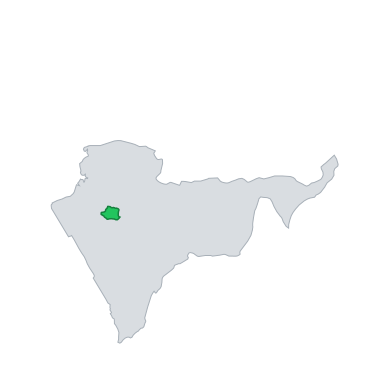 Lekie, Centre, Cameroon (highlighted), rotated 59°
{"feature_id": "32672807B3101876589222", "entity_name": "Lekie", "entity_type": "district", "adm_level": 2, "iso_a3": "CMR", "parent_name": "Cameroon", "parent_adm1": "Centre", "projection": "mercator", "projection_center": [11.41, 4.138], "detail": "fine", "context": "in_parent", "style": "filled", "palette": "green", "viewbox_px": 384, "rotation_deg": 59, "n_neighbors": 0, "source": "geoboundaries", "source_scale": "gbopen_adm2", "svg_char_len": 4542}
<svg xmlns="http://www.w3.org/2000/svg" viewBox="0 0 384 384"><g transform="rotate(59 192 192)"><path d="M99.0,257.4L99.7,255.5L105.0,246.6L108.3,232.2L109.8,228.9L111.3,226.6L119.0,219.0L121.8,216.5L126.0,213.7L128.9,208.1L129.9,207.5L131.2,207.1L137.8,202.3L138.4,203.2L138.8,204.4L139.3,204.9L141.5,205.3L144.4,205.2L146.1,204.9L147.0,203.9L147.9,201.3L148.5,200.8L149.1,200.7L152.4,202.5L157.7,207.7L159.0,208.6L159.6,209.7L160.7,214.4L161.4,215.6L162.5,216.1L164.6,215.8L166.7,214.9L168.6,213.7L170.5,212.1L171.7,210.7L172.3,209.7L172.5,205.8L173.0,205.0L179.8,199.3L179.7,198.8L178.6,197.2L177.5,195.5L178.6,193.7L179.6,192.3L183.6,187.7L183.9,184.3L187.1,179.0L188.9,171.9L188.9,170.6L193.1,162.8L197.5,162.1L199.2,161.0L201.1,159.1L202.4,157.3L203.0,155.6L203.4,152.3L204.2,148.6L204.7,145.3L206.0,142.2L208.2,140.7L212.0,139.4L212.6,138.8L213.1,136.8L213.7,130.1L214.3,127.1L217.8,123.7L219.4,118.5L220.8,113.0L224.8,106.3L229.5,99.6L231.7,97.8L233.6,97.0L235.7,96.9L237.1,96.4L242.2,93.1L244.3,92.0L245.9,90.8L246.2,89.8L246.4,88.4L245.9,84.9L246.8,82.4L247.3,78.5L247.5,75.4L247.3,74.4L246.4,72.6L244.9,70.7L242.3,69.5L238.8,69.2L237.0,68.5L236.3,65.0L236.1,62.8L233.7,51.1L238.2,51.1L243.5,52.5L244.8,53.6L245.5,57.6L247.4,59.9L250.8,61.7L252.9,65.6L253.7,71.4L255.6,74.9L256.0,75.4L258.6,82.0L258.8,85.0L258.5,87.1L259.6,89.6L258.0,93.9L257.5,96.6L257.4,100.3L258.3,106.8L259.9,111.9L261.6,116.0L263.4,119.1L266.4,122.6L269.6,125.8L272.7,127.8L269.9,129.0L264.5,129.1L261.4,128.5L259.9,128.4L258.4,128.8L252.6,129.4L246.8,129.2L241.4,128.4L238.1,128.5L235.6,130.4L233.5,133.4L231.6,135.7L232.3,138.2L233.7,139.6L236.5,142.7L239.0,145.7L240.3,147.8L245.3,152.2L250.1,156.1L252.4,157.5L253.2,157.8L255.9,160.0L259.5,163.8L262.8,169.6L267.5,181.2L268.5,182.2L270.1,182.8L270.3,184.0L270.2,185.8L269.7,187.3L265.9,193.4L262.6,195.7L261.7,197.1L260.5,200.6L257.5,207.5L256.2,208.5L253.3,213.2L250.9,219.1L250.3,220.0L249.3,220.7L245.9,222.1L244.7,222.9L243.0,224.7L242.7,225.9L243.5,227.6L244.5,228.9L246.3,228.9L247.3,230.2L247.3,239.2L246.4,240.6L246.5,241.2L246.1,242.8L245.9,244.5L246.2,245.2L246.9,245.8L247.8,247.0L248.4,249.8L249.5,259.6L250.1,261.2L251.0,262.3L254.0,264.4L257.2,267.2L258.2,269.0L258.8,271.9L260.0,274.3L260.0,275.1L259.5,275.4L257.5,275.6L258.2,277.3L259.8,280.2L267.8,289.3L275.6,297.4L277.4,297.9L278.8,298.1L279.4,298.6L280.1,299.8L282.7,302.7L283.1,304.4L282.5,306.0L283.1,308.6L283.6,309.5L283.4,310.3L283.7,313.4L284.4,316.1L285.6,318.3L285.4,319.9L283.9,320.8L283.1,322.3L282.8,324.4L283.2,327.0L284.4,330.0L284.4,331.7L282.6,332.9L280.5,330.8L278.2,329.4L274.8,327.0L271.3,326.2L266.8,326.0L264.9,326.3L261.6,324.4L260.5,324.1L259.1,324.9L258.0,324.9L256.8,324.6L254.2,324.7L254.0,323.3L253.6,323.0L250.8,323.1L250.0,322.0L249.6,322.1L248.5,321.7L246.3,320.1L244.0,321.2L239.2,321.0L214.9,321.0L214.3,319.5L213.1,318.7L210.9,318.6L204.5,318.9L199.5,318.7L196.2,318.1L192.1,317.7L187.0,318.0L181.8,318.0L172.4,317.6L167.3,317.6L167.4,318.6L167.1,319.2L166.8,320.9L133.8,320.9L131.1,319.7L130.3,319.0L130.1,317.7L129.4,317.5L129.9,311.8L131.1,307.0L131.5,302.5L133.0,298.5L132.2,294.6L131.3,292.9L126.3,287.3L128.6,285.2L125.6,285.5L124.9,283.4L123.5,280.9L124.3,280.5L125.2,279.1L127.9,279.6L127.9,278.9L125.5,276.8L125.7,275.8L126.7,274.6L126.2,274.1L124.5,275.3L123.3,275.3L122.4,274.5L121.7,274.3L122.1,275.9L121.1,277.4L120.2,277.9L118.7,277.8L117.5,277.4L117.1,276.6L115.9,276.0L112.6,275.0L109.8,273.7L109.3,270.3L108.2,268.8L107.7,267.2L107.5,265.3L107.8,262.4L107.1,261.9L106.3,261.7L105.1,261.9L104.0,261.7L102.7,260.1L101.5,259.5L102.3,262.5L101.4,263.3L99.4,263.0L98.6,261.9L98.4,261.1L99.3,257.5L99.0,257.4Z" fill="#d9dde1" stroke="#a8b0b8" stroke-width="1"/><path d="M176.4,266.7L175.3,267.5L174.2,267.3L172.9,266.6L171.1,265.3L169.9,264.0L169.8,263.9L169.2,263.7L168.2,264.0L166.9,265.1L166.5,266.0L165.9,266.5L165.6,266.6L164.7,267.5L164.7,268.0L164.2,268.7L163.8,269.2L163.2,269.4L162.3,269.8L161.6,270.8L161.1,271.3L161.0,271.7L161.4,272.0L161.6,272.5L162.3,273.3L162.4,274.5L162.8,275.2L162.9,275.3L163.7,275.9L164.0,277.1L163.5,278.7L162.9,280.1L163.2,280.7L164.5,281.4L165.3,281.0L165.6,280.6L166.3,280.5L166.7,280.2L167.1,279.9L168.0,280.0L168.5,279.9L169.2,279.6L169.8,279.2L170.5,279.1L170.9,279.0L171.5,278.8L171.7,278.7L172.0,278.1L172.3,277.3L172.5,276.4L173.0,275.6L173.3,274.9L174.0,274.1L174.6,273.3L175.1,272.5L175.6,272.2L176.4,271.7L177.3,270.4L177.3,269.8L177.3,269.7L176.9,268.0L176.8,267.9L176.4,266.7Z" fill="#22c55e" stroke="#15803d" stroke-width="1.5"/></g></svg>